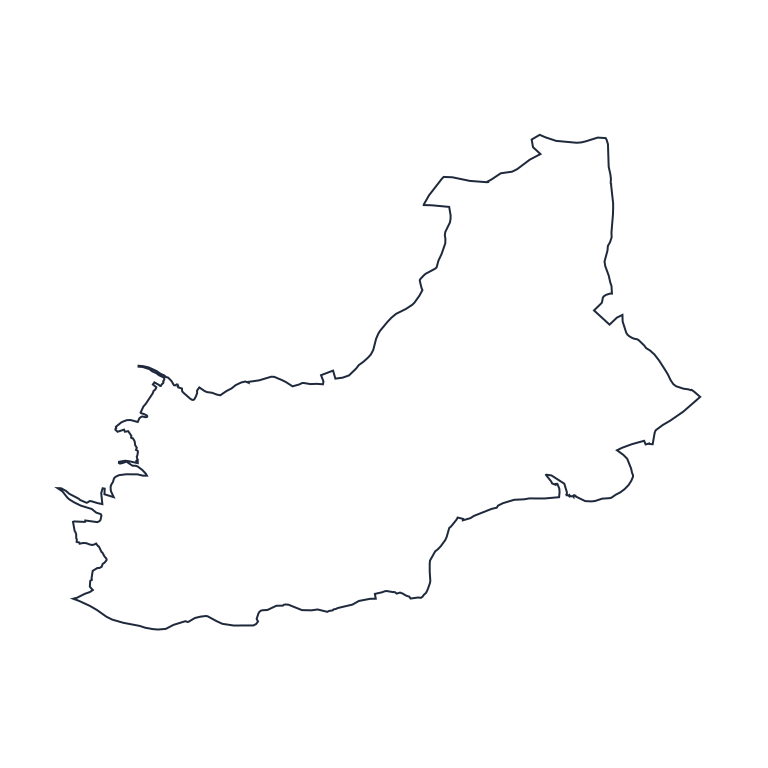 Pogaceaua, Mures, Romania, rotated 185°
{"feature_id": "2599482B1933399749660", "entity_name": "Pogaceaua", "entity_type": "district", "adm_level": 2, "iso_a3": "ROU", "parent_name": "Romania", "parent_adm1": "Mures", "projection": "equal_earth", "projection_center": [24.3, 46.666], "detail": "fine", "context": "isolated", "style": "outline", "palette": "slate", "viewbox_px": 768, "rotation_deg": 185, "n_neighbors": 0, "source": "geoboundaries", "source_scale": "gbopen_adm2", "svg_char_len": 6143}
<svg xmlns="http://www.w3.org/2000/svg" viewBox="0 0 768 768"><g transform="rotate(185 384 384)"><path d="M342.6,595.5L344.3,593.4L355.6,575.9L360.0,566.3L360.0,565.7L352.1,566.2L334.5,566.1L332.3,557.6L332.1,554.0L332.4,550.7L336.2,540.8L336.4,537.6L335.5,534.1L335.2,529.5L338.0,518.4L340.5,511.7L341.8,504.6L343.3,503.2L351.9,497.6L353.4,496.2L356.9,491.8L357.4,490.6L357.3,489.7L354.9,482.7L353.9,480.9L356.4,475.1L360.7,467.8L362.6,465.5L368.8,460.6L378.0,455.0L382.4,450.7L386.1,446.0L392.4,436.9L394.0,433.8L395.8,428.4L397.7,416.9L399.7,412.2L402.4,408.7L406.3,404.5L410.8,400.6L413.0,397.1L419.6,389.5L425.8,386.7L432.9,385.1L435.9,392.9L447.5,387.3L444.5,381.2L444.8,378.4L451.1,378.3L457.3,377.5L464.0,378.0L465.7,377.8L468.3,376.2L474.9,373.7L481.7,377.3L486.0,379.0L494.1,381.6L497.0,381.4L508.9,376.7L519.7,374.2L519.3,373.5L522.4,374.4L526.5,373.0L531.6,370.0L535.5,366.3L540.4,363.2L546.1,358.5L549.7,358.9L554.6,360.3L559.7,360.5L562.2,361.4L567.7,364.5L569.6,361.3L569.4,358.5L570.4,355.0L571.7,352.1L572.7,351.5L573.8,351.5L575.8,352.5L583.0,357.8L584.4,359.1L584.9,361.9L588.5,362.6L589.3,363.5L588.8,364.0L589.6,365.5L590.6,365.5L591.9,364.4L593.2,364.5L596.0,368.5L599.7,371.6L601.9,372.0L603.5,373.3L607.8,374.8L611.7,377.1L619.9,380.0L625.4,380.8L630.1,380.8L630.1,379.9L625.7,379.9L618.8,378.3L616.2,376.5L611.7,374.9L608.9,373.1L603.5,371.1L603.3,369.2L604.2,367.5L603.8,366.7L604.2,365.5L605.3,364.4L606.2,362.6L606.8,362.5L608.2,363.5L612.9,365.6L614.2,363.4L610.5,360.9L610.8,359.8L611.7,358.1L612.9,357.1L613.6,354.5L619.6,343.5L621.7,340.6L624.0,334.3L623.6,333.8L620.3,333.1L617.6,332.0L617.0,331.3L617.2,330.6L618.6,330.1L622.0,330.6L623.3,329.9L624.8,328.4L626.0,324.7L633.1,326.0L637.0,325.6L639.2,324.6L642.2,323.0L647.4,318.0L646.9,316.6L647.6,315.9L647.6,315.0L645.2,313.2L639.0,315.9L638.0,313.9L634.7,314.7L631.2,310.4L631.3,308.6L630.8,308.1L629.6,308.1L628.0,306.1L627.3,304.8L626.6,301.5L624.7,298.9L625.3,296.7L623.6,296.0L623.2,294.9L623.5,291.2L624.0,290.1L623.0,287.2L622.6,286.9L622.8,286.5L623.8,286.3L624.1,285.7L623.7,285.0L622.5,284.9L622.4,283.7L630.8,284.8L635.2,285.0L641.2,283.4L641.2,282.2L640.1,281.7L637.5,282.5L633.8,284.2L627.5,280.7L624.1,280.9L622.1,280.3L617.3,277.3L613.4,273.8L612.2,272.0L616.2,271.7L621.8,272.5L633.0,271.6L640.0,270.1L643.3,268.2L644.7,266.5L645.5,262.8L646.9,260.0L647.4,257.8L647.0,254.6L646.4,252.9L643.4,247.7L652.9,249.8L653.1,255.4L655.2,255.6L656.2,250.6L654.1,239.8L659.1,240.4L665.2,241.7L667.1,241.7L669.2,240.0L670.1,239.8L676.5,241.9L678.3,243.2L688.0,247.2L691.4,249.7L696.6,252.0L700.1,251.8L695.0,249.0L689.3,243.0L687.2,241.5L682.4,239.1L675.4,236.4L664.2,234.0L659.5,230.8L654.9,229.7L654.0,228.4L654.6,223.8L655.6,222.5L657.5,221.4L669.7,222.0L669.7,220.7L670.6,220.5L680.5,220.1L681.8,219.6L679.4,210.7L678.4,209.4L677.5,207.2L677.2,203.7L676.5,202.5L676.4,199.9L673.7,199.5L673.3,198.4L669.8,199.4L666.7,199.5L663.4,198.5L660.7,198.2L658.7,198.8L656.9,200.0L654.8,197.6L653.8,197.2L650.7,191.9L649.9,191.6L647.4,187.8L645.4,185.9L645.0,184.9L645.1,184.2L646.8,181.7L648.6,180.2L649.3,177.4L651.3,176.0L653.5,175.7L657.9,172.5L658.4,165.1L658.0,163.8L658.0,163.3L659.3,162.6L659.5,162.0L659.4,156.6L658.0,155.0L656.1,153.4L658.9,151.1L663.8,148.9L671.2,144.3L674.9,143.0L669.4,141.5L657.6,137.3L650.2,133.8L640.3,128.0L634.2,125.6L622.9,123.4L606.2,121.7L600.7,120.4L593.2,119.7L587.8,119.7L580.1,121.0L572.7,125.7L561.2,130.4L559.0,129.8L558.0,130.1L552.0,134.4L546.7,136.2L541.1,137.4L539.4,137.2L530.2,133.2L524.1,131.0L512.6,130.3L493.1,132.1L490.5,133.7L488.8,136.4L490.4,138.9L489.1,144.5L488.1,146.4L486.8,147.5L485.4,148.0L480.5,148.7L471.9,153.7L465.4,154.4L464.6,155.3L462.9,155.8L459.9,155.8L446.0,151.6L436.6,152.2L430.5,153.6L420.6,152.1L419.1,153.1L415.4,154.0L414.7,155.0L412.6,155.6L410.5,156.8L396.2,161.5L390.1,165.7L379.1,168.8L373.5,169.4L374.8,174.1L367.9,176.3L364.9,177.7L363.3,178.0L357.3,177.5L355.0,177.6L353.1,176.3L349.8,177.6L347.0,176.8L343.8,175.2L340.2,174.3L338.8,172.6L331.4,174.3L328.6,174.2L327.2,175.3L325.8,177.6L323.9,179.6L322.6,183.0L320.9,189.6L320.7,191.9L322.1,201.0L322.8,208.7L322.8,212.1L318.4,221.8L316.0,224.0L313.4,227.2L309.3,234.0L308.2,237.3L306.5,246.2L304.9,247.8L302.3,251.6L299.8,255.4L299.0,257.4L293.4,256.5L293.5,255.1L286.2,257.9L283.0,260.4L265.9,269.0L260.9,270.6L259.8,272.8L255.0,275.7L244.2,280.0L234.6,281.3L229.2,282.7L214.4,283.9L199.7,286.5L199.7,291.8L200.3,295.2L202.6,299.6L204.1,299.5L203.9,298.7L204.1,298.5L207.9,299.6L208.9,301.4L214.7,307.5L214.4,307.8L209.2,307.5L195.7,300.4L192.4,292.2L192.3,290.1L192.7,289.7L192.4,289.1L191.4,289.3L190.5,288.8L189.7,289.6L189.4,289.1L189.6,288.4L189.3,288.1L188.4,288.6L187.8,288.3L187.0,288.7L186.0,288.7L185.3,288.0L185.3,289.6L185.0,289.8L183.5,289.4L183.3,288.8L182.8,288.5L173.4,284.9L167.3,285.1L163.7,285.8L156.6,288.8L149.0,290.0L147.5,290.6L143.5,293.9L139.1,296.7L135.1,300.3L131.5,304.7L129.2,309.2L127.9,313.2L128.0,314.9L129.1,317.0L130.5,321.4L135.2,330.7L139.3,334.2L146.1,338.3L141.3,341.2L131.7,345.7L119.9,350.1L118.1,346.6L114.7,347.9L114.5,347.4L111.1,347.4L110.1,359.2L109.3,361.6L102.8,367.4L95.6,372.5L83.4,382.6L67.9,398.7L74.1,403.2L77.1,405.0L77.9,404.6L80.2,405.2L85.1,405.4L92.8,407.2L95.8,409.1L98.8,412.8L102.1,418.4L105.9,423.5L112.1,431.5L117.2,437.0L121.8,440.5L126.0,442.6L128.2,445.1L134.0,449.8L135.7,450.6L139.2,451.0L141.2,451.7L143.9,453.0L145.7,454.3L147.1,456.1L151.7,467.0L152.5,473.6L157.8,470.4L164.5,462.8L181.2,475.6L174.3,483.6L173.9,484.8L173.5,489.1L172.6,490.6L170.5,492.2L166.3,493.9L164.8,493.9L165.9,501.4L167.4,504.8L169.6,511.6L173.9,520.8L175.0,525.2L173.0,536.4L173.0,541.1L171.2,544.9L170.0,550.0L170.6,554.7L170.7,572.9L171.1,579.8L171.5,584.0L175.2,602.5L175.1,603.0L175.7,603.9L175.8,608.0L176.8,612.7L179.1,620.0L181.8,642.4L183.5,646.6L184.6,648.3L192.6,648.1L204.2,643.3L208.8,641.8L213.2,641.1L233.7,641.2L244.6,643.8L250.6,645.8L258.2,640.4L256.2,632.9L248.2,626.7L258.2,620.3L270.0,609.7L274.8,606.7L286.0,604.1L294.9,597.0L298.3,594.8L298.0,594.2L299.0,594.0L316.2,593.8L333.9,595.9L342.6,595.5Z" fill="none" stroke="#1e293b" stroke-width="2"/></g></svg>